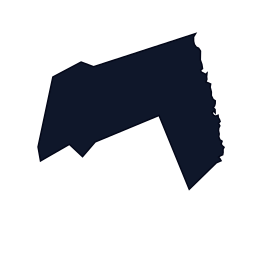 Colônia do Gurguéia, Piauí, Brazil, rotated 162°
{"feature_id": "56859067B60738837049345", "entity_name": "Colônia do Gurguéia", "entity_type": "district", "adm_level": 2, "iso_a3": "BRA", "parent_name": "Brazil", "parent_adm1": "Piauí", "projection": "robinson", "projection_center": [-43.773, -8.154], "detail": "fine", "context": "isolated", "style": "filled", "palette": "ink", "viewbox_px": 256, "rotation_deg": 162, "n_neighbors": 0, "source": "geoboundaries", "source_scale": "gbopen_adm2", "svg_char_len": 957}
<svg xmlns="http://www.w3.org/2000/svg" viewBox="0 0 256 256"><g transform="rotate(162 128 128)"><path d="M152.2,205.2L183.7,199.7L219.4,137.8L221.4,123.7L214.5,125.2L210.2,126.1L188.8,130.6L180.1,114.8L163.5,124.9L94.6,130.4L88.7,50.8L54.7,67.6L49.6,68.1L50.0,70.2L50.9,72.3L48.9,73.0L46.2,73.3L45.1,75.4L44.2,78.4L42.6,80.0L43.8,81.9L44.4,83.9L42.6,86.4L44.3,88.4L44.4,91.7L43.1,94.2L42.8,97.4L41.7,100.0L40.0,101.7L40.5,104.6L38.4,105.7L38.4,107.8L38.9,109.9L38.4,112.3L40.9,112.1L42.6,113.5L43.5,116.5L41.3,117.5L40.4,115.6L39.5,118.7L40.7,121.1L38.8,122.4L37.6,124.2L36.6,126.9L38.2,128.9L38.8,133.0L37.6,136.5L37.4,139.2L37.3,141.4L35.8,144.3L37.5,145.9L39.7,147.7L37.9,150.0L37.4,152.5L35.9,155.8L37.8,155.0L39.1,156.7L41.1,158.6L41.0,160.8L38.8,161.4L38.1,165.7L38.2,170.4L35.3,178.8L36.2,182.1L38.1,183.8L39.1,187.0L38.8,190.3L38.1,192.5L37.5,194.4L34.6,196.9L141.8,196.9L152.2,205.2Z" fill="#0f172a" stroke="#020617" stroke-width="1.5"/></g></svg>